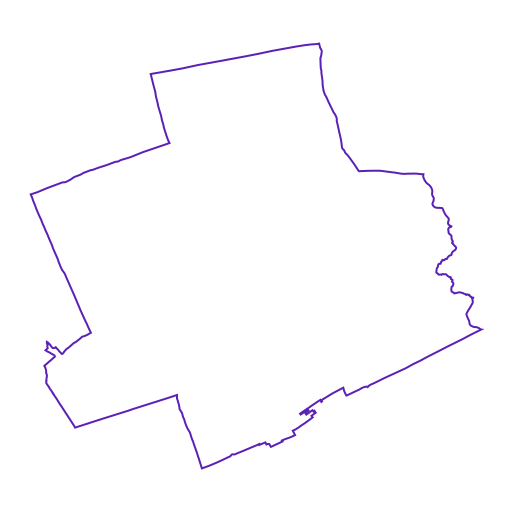 the district of Balteni, Olt, Romania
{"feature_id": "2599482B45249958098961", "entity_name": "Balteni", "entity_type": "district", "adm_level": 2, "iso_a3": "ROU", "parent_name": "Romania", "parent_adm1": "Olt", "projection": "mercator", "projection_center": [24.539, 44.464], "detail": "fine", "context": "isolated", "style": "outline", "palette": "violet", "viewbox_px": 512, "rotation_deg": 0, "n_neighbors": 0, "source": "geoboundaries", "source_scale": "gbopen_adm2", "svg_char_len": 5948}
<svg xmlns="http://www.w3.org/2000/svg" viewBox="0 0 512 512"><path d="M481.3,329.5L480.7,329.4L478.9,328.1L477.6,327.5L475.6,327.0L474.1,327.1L471.3,325.9L470.5,325.3L469.8,324.4L469.5,323.3L469.2,321.0L467.7,318.0L467.3,316.7L466.5,314.9L466.4,314.4L466.7,313.4L467.1,312.4L469.1,309.0L469.4,308.7L470.6,306.7L471.1,305.6L472.6,303.1L472.8,301.5L472.7,300.5L472.1,298.5L473.2,297.9L473.2,297.7L472.1,297.6L471.2,296.8L470.7,296.9L469.9,295.9L469.7,295.4L469.2,294.9L468.6,295.1L468.3,294.7L467.4,294.4L467.0,294.4L466.7,294.8L465.9,294.8L465.5,294.2L463.7,293.6L463.0,293.1L460.2,292.4L459.3,292.3L454.3,293.4L454.1,293.0L453.9,292.7L452.5,292.2L451.7,291.5L451.4,290.7L451.3,289.8L451.3,289.0L451.7,286.7L452.7,286.1L453.0,285.2L453.3,284.6L453.4,283.5L453.2,282.9L452.0,281.6L452.0,281.4L452.5,280.7L452.5,280.2L452.4,279.7L450.9,279.0L450.8,278.7L450.8,277.4L450.6,277.1L450.2,277.0L449.9,277.1L449.5,277.1L448.8,276.7L447.3,275.7L447.1,275.3L446.0,274.3L445.2,274.2L444.0,274.3L442.6,274.0L442.2,274.2L441.6,274.8L440.2,274.5L439.0,274.7L438.6,274.5L437.3,273.2L436.6,272.9L436.4,272.6L436.3,272.2L436.4,271.4L436.7,269.0L436.8,268.3L437.8,267.0L437.9,266.6L438.0,265.3L438.7,264.1L439.0,263.8L439.3,263.7L439.9,263.9L440.2,263.9L440.7,263.5L441.1,262.3L441.2,261.6L441.8,261.3L442.0,261.0L442.4,259.9L442.8,259.9L443.3,260.2L444.1,260.2L444.4,260.1L445.5,258.9L446.9,258.9L447.6,257.5L448.7,256.2L449.7,255.5L451.2,255.1L451.5,254.7L451.8,253.1L452.7,251.8L453.3,251.2L455.1,250.0L455.9,248.9L456.1,248.0L456.1,247.5L455.8,247.0L454.4,245.6L452.8,243.7L452.2,243.2L452.1,242.6L452.7,242.3L452.8,241.8L452.5,240.6L451.8,239.7L451.5,238.0L451.5,236.5L451.3,235.6L450.9,235.1L449.5,234.0L448.9,233.3L448.6,232.8L448.6,231.6L448.3,230.5L448.2,229.1L449.0,227.6L451.2,226.8L451.4,226.3L450.0,225.7L449.1,225.0L448.2,224.0L448.0,223.3L448.1,222.2L448.7,220.1L448.8,219.2L448.6,218.4L445.9,215.3L445.1,214.1L443.5,210.9L443.3,210.0L442.4,208.3L441.8,208.0L440.0,207.9L436.7,207.8L435.3,207.4L434.8,207.2L434.1,206.7L433.2,205.8L432.8,205.2L432.4,203.9L432.6,203.1L433.6,200.6L433.8,198.7L433.7,197.9L432.3,195.3L432.1,194.6L432.1,193.4L432.3,191.6L432.2,190.0L431.4,188.0L430.7,186.8L429.2,185.0L427.5,183.8L426.3,182.7L424.7,180.4L423.4,177.4L423.2,176.0L423.3,174.9L423.4,174.2L421.1,174.2L417.3,173.7L414.4,173.6L407.3,173.7L405.1,173.9L401.3,173.7L395.5,172.7L379.7,170.7L368.1,170.8L359.1,171.2L358.8,171.1L358.1,170.1L354.6,164.7L348.6,156.4L346.9,154.4L346.1,153.7L345.2,152.7L344.2,150.4L342.6,148.8L342.1,147.9L341.9,147.0L341.6,143.9L341.0,139.9L339.8,134.4L339.2,132.2L338.7,129.5L337.7,125.1L337.5,124.0L336.9,121.7L336.7,120.3L336.8,119.5L336.7,118.2L336.4,117.3L335.2,114.6L333.6,112.4L328.4,101.7L326.4,97.1L325.3,95.3L324.6,93.9L323.6,90.8L322.7,85.7L322.5,80.7L321.4,72.8L321.4,70.6L320.8,68.4L320.6,64.7L320.4,58.0L321.1,55.9L321.6,52.8L321.8,51.1L321.6,50.5L321.0,49.2L320.4,48.3L319.9,46.9L319.1,43.6L317.4,44.0L310.4,44.5L304.6,45.2L295.8,46.6L272.1,50.9L259.4,53.6L245.2,56.4L197.6,65.1L182.5,68.4L168.1,71.0L150.7,74.0L153.7,86.1L155.3,91.9L155.7,95.1L156.2,97.5L157.6,103.0L158.1,105.6L158.7,107.9L161.1,115.8L161.9,119.9L163.6,125.7L163.8,127.3L166.8,136.7L168.2,140.4L169.5,143.0L165.1,144.6L143.3,152.0L130.9,157.0L127.5,158.1L121.6,159.8L119.2,160.8L118.6,161.4L115.1,161.9L106.6,165.1L98.8,167.6L92.5,169.9L90.6,170.2L83.5,172.9L81.2,174.3L79.4,175.1L74.8,176.8L72.8,177.9L72.2,178.5L70.5,179.6L66.1,181.9L64.5,182.3L62.4,182.4L47.4,188.0L37.1,192.3L30.7,194.4L32.1,197.5L33.1,200.6L35.0,205.2L36.0,208.1L37.0,210.6L39.4,216.1L41.0,219.4L42.9,224.4L43.7,225.9L45.8,231.0L47.5,234.6L49.1,238.7L52.1,245.4L52.6,247.2L53.3,249.0L57.6,258.7L58.7,262.0L60.7,267.0L62.0,269.8L64.4,273.1L65.4,275.1L66.3,277.4L74.6,296.2L80.6,310.5L85.3,320.8L86.9,324.0L87.8,326.2L90.9,332.8L88.3,334.2L87.6,334.7L84.9,335.9L82.0,336.8L80.8,338.0L78.3,340.1L76.2,341.7L74.9,342.5L73.7,343.1L69.1,347.2L66.2,349.3L64.5,351.3L62.7,353.7L62.3,353.9L61.7,353.9L61.3,353.5L59.2,351.2L58.0,349.6L56.7,348.4L55.7,347.2L54.9,347.9L54.5,348.0L54.2,348.1L52.6,347.9L51.4,346.7L50.0,344.6L49.1,343.8L48.5,343.0L47.8,342.4L46.9,341.9L46.9,343.3L47.5,345.0L47.6,345.4L47.3,346.2L47.3,346.7L47.7,348.2L45.5,350.3L48.1,351.9L49.8,352.6L51.1,353.5L53.9,355.0L54.6,355.7L54.8,356.1L54.9,356.5L54.8,356.8L54.4,357.2L53.4,357.9L51.4,359.8L49.1,361.6L48.1,362.6L44.6,365.6L44.3,365.9L45.2,367.5L45.8,369.1L46.2,371.4L46.1,373.0L46.7,374.3L46.9,375.4L46.9,376.3L46.8,376.6L46.3,380.3L46.2,380.8L46.5,381.1L46.3,381.8L46.2,382.9L46.8,384.0L48.1,385.9L48.6,386.4L49.5,388.2L51.2,390.5L53.4,393.9L53.2,393.9L56.7,398.9L59.9,404.2L60.9,405.5L74.6,426.6L75.1,427.6L102.7,418.7L128.3,410.7L132.5,409.2L168.5,397.8L177.0,395.0L177.0,398.5L177.9,401.0L178.3,402.8L179.0,405.0L179.4,407.4L179.5,408.5L179.6,409.2L181.9,412.8L182.4,414.3L182.6,415.4L183.2,417.4L184.2,419.3L184.9,422.0L186.4,426.1L187.0,427.2L187.4,428.3L189.9,432.5L190.3,433.6L191.1,436.5L192.4,440.1L193.0,441.3L193.9,444.3L195.1,447.6L196.9,452.7L201.9,468.4L209.6,465.6L217.6,462.2L230.4,456.2L231.4,454.8L231.9,454.5L232.4,454.3L234.0,454.5L234.7,454.4L257.0,445.1L259.3,444.0L259.4,444.9L265.4,442.4L266.4,444.5L267.9,444.0L268.8,443.9L269.3,444.1L270.9,446.9L282.5,441.5L281.9,440.5L285.2,439.1L290.9,437.1L295.1,435.1L292.8,430.7L295.4,429.5L299.2,427.1L300.4,426.1L305.4,422.8L312.7,417.4L311.5,415.8L315.7,412.7L314.5,410.8L313.5,411.6L312.5,410.2L306.3,414.6L305.1,412.8L308.5,410.5L308.0,409.6L300.7,414.5L300.1,413.7L304.6,410.5L309.9,407.0L310.6,406.4L317.1,402.0L320.4,399.9L321.3,401.9L322.0,401.4L321.3,400.3L332.1,393.6L343.3,387.7L343.7,389.3L344.3,391.3L344.9,392.7L346.3,395.5L346.7,395.5L359.4,389.5L361.9,388.0L363.8,387.2L365.0,386.8L367.0,386.6L367.7,387.1L368.4,386.3L369.5,385.3L371.0,384.5L374.2,383.1L384.3,378.1L406.0,368.1L412.4,364.5L419.9,360.9L428.8,356.1L439.9,350.5L447.2,346.7L462.4,339.2L470.4,334.9L481.3,329.5Z" fill="none" stroke="#5b21b6" stroke-width="2"/></svg>